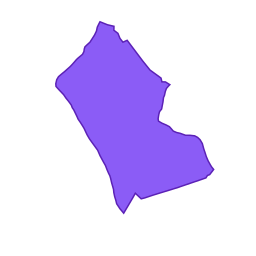 Bahr-Azoum, Salamat, Chad (Natural Earth projection), rotated 132°
{"feature_id": "50815135B73615292321578", "entity_name": "Bahr-Azoum", "entity_type": "district", "adm_level": 2, "iso_a3": "TCD", "parent_name": "Chad", "parent_adm1": "Salamat", "projection": "natural_earth1", "projection_center": [20.375, 10.976], "detail": "fine", "context": "isolated", "style": "filled", "palette": "violet", "viewbox_px": 256, "rotation_deg": 132, "n_neighbors": 0, "source": "geoboundaries", "source_scale": "gbopen_adm2", "svg_char_len": 1558}
<svg xmlns="http://www.w3.org/2000/svg" viewBox="0 0 256 256"><g transform="rotate(132 128 128)"><path d="M68.4,161.6L63.4,187.3L67.6,189.2L66.8,193.9L64.6,198.4L64.4,198.8L64.8,203.9L61.8,206.5L65.0,212.3L67.8,219.9L70.2,219.3L73.6,218.3L77.1,216.3L81.2,215.1L85.3,214.4L89.7,213.7L93.6,214.1L96.5,214.3L98.5,213.4L100.7,211.9L103.7,211.1L106.6,211.5L109.3,211.9L111.7,212.1L115.2,212.0L119.1,212.0L121.5,212.1L125.0,212.5L128.7,212.9L131.1,213.3L136.3,214.0L139.8,213.3L143.4,211.3L145.3,209.3L145.8,204.5L146.3,198.1L147.3,194.1L147.9,190.2L148.9,185.5L150.2,183.0L150.8,180.5L152.5,176.3L153.7,173.4L154.8,171.0L155.7,167.2L156.9,162.9L157.7,160.3L158.9,157.5L160.4,153.9L161.8,149.6L162.7,145.6L163.4,142.3L164.8,135.7L167.3,130.2L168.7,126.3L169.8,123.2L171.0,119.6L173.0,115.7L174.7,112.0L175.6,109.6L177.0,107.3L179.8,103.3L181.4,100.7L183.3,97.7L185.5,95.3L187.9,92.0L189.8,88.8L191.9,85.7L192.7,82.6L193.4,80.0L193.8,76.9L194.2,74.2L176.9,77.7L171.6,78.9L171.8,70.8L168.6,68.7L161.0,64.4L137.8,50.5L137.3,50.3L116.2,38.5L112.9,36.7L111.9,36.9L110.1,37.2L108.0,36.1L101.5,36.6L101.0,39.7L100.3,42.1L98.8,46.5L96.8,50.8L94.9,54.0L92.9,57.6L89.8,62.4L88.5,66.6L88.4,70.0L89.2,73.2L91.9,77.0L94.9,80.4L97.0,85.6L98.8,88.8L100.0,92.3L99.6,95.3L99.3,98.1L100.2,101.6L101.7,106.0L102.5,109.9L101.1,111.7L99.0,113.1L97.1,114.3L94.7,115.5L91.4,115.7L88.3,117.6L85.3,119.4L81.6,122.0L79.4,122.7L75.9,124.7L72.9,125.9L70.1,126.0L67.8,125.9L68.7,131.0L71.0,133.7L68.8,136.9L70.2,150.4L68.4,161.6Z" fill="#8b5cf6" stroke="#5b21b6" stroke-width="1.5"/></g></svg>